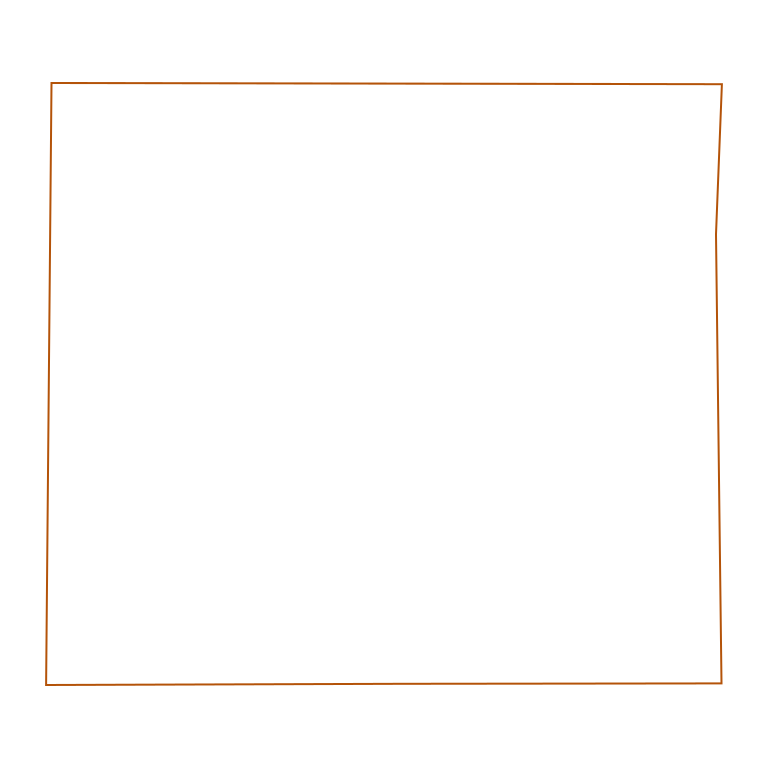 Wexford, Michigan, United States of America
{"feature_id": "52423323B1059568410794", "entity_name": "Wexford", "entity_type": "district", "adm_level": 2, "iso_a3": "USA", "parent_name": "United States of America", "parent_adm1": "Michigan", "projection": "robinson", "projection_center": [-85.559, 44.339], "detail": "fine", "context": "isolated", "style": "outline", "palette": "amber", "viewbox_px": 768, "rotation_deg": 0, "n_neighbors": 0, "source": "geoboundaries", "source_scale": "gbopen_adm2", "svg_char_len": 217}
<svg xmlns="http://www.w3.org/2000/svg" viewBox="0 0 768 768"><path d="M51.5,83.0L46.1,685.0L402.4,683.8L569.2,683.6L721.5,683.4L716.0,234.2L721.9,84.2L51.5,83.0Z" fill="none" stroke="#b45309" stroke-width="2"/></svg>